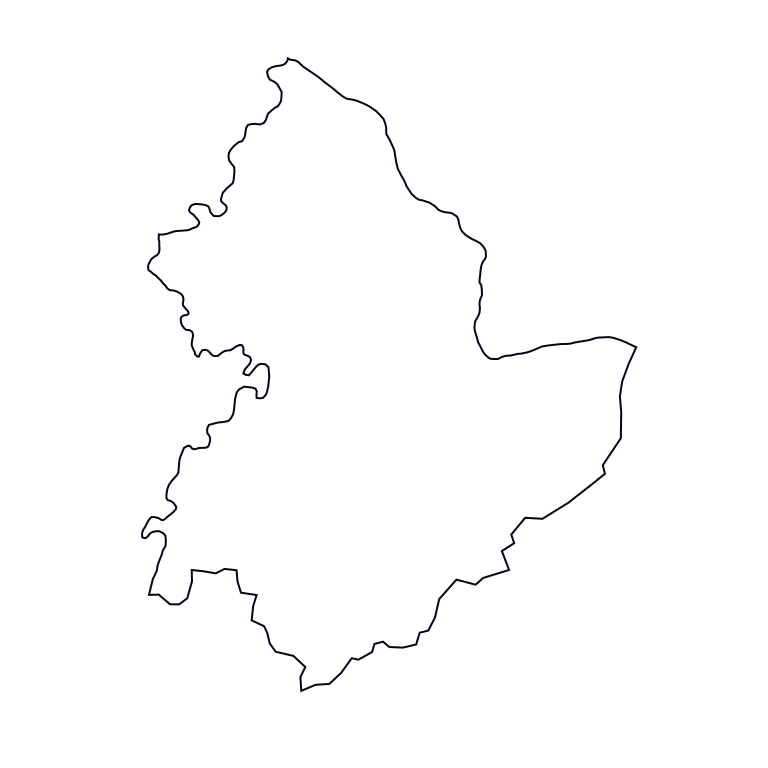 Verkhnyadzvinsk, Vitebsk, Belarus (Mercator projection), rotated 186°
{"feature_id": "67162791B82603429459213", "entity_name": "Verkhnyadzvinsk", "entity_type": "district", "adm_level": 2, "iso_a3": "BLR", "parent_name": "Belarus", "parent_adm1": "Vitebsk", "projection": "mercator", "projection_center": [28.26, 55.859], "detail": "fine", "context": "isolated", "style": "outline", "palette": "ink", "viewbox_px": 768, "rotation_deg": 186, "n_neighbors": 0, "source": "geoboundaries", "source_scale": "gbopen_adm2", "svg_char_len": 5752}
<svg xmlns="http://www.w3.org/2000/svg" viewBox="0 0 768 768"><g transform="rotate(186 384 384)"><path d="M513.7,697.8L513.8,695.7L515.4,692.6L518.0,690.6L520.9,689.7L524.6,688.9L528.5,687.3L531.8,684.9L532.9,682.1L531.4,677.7L529.4,674.8L524.8,673.1L521.5,671.1L518.9,667.4L516.3,663.6L516.0,659.5L516.0,654.6L517.6,650.9L518.9,648.7L520.6,648.1L523.9,644.8L527.7,640.6L528.3,637.5L529.2,634.0L530.9,630.9L534.5,629.2L537.3,629.2L539.9,629.2L543.4,628.5L546.5,627.4L547.8,624.2L548.1,620.6L548.1,617.4L548.7,614.3L550.5,610.6L553.5,609.5L556.2,607.0L558.1,605.1L560.8,601.1L562.3,597.8L562.5,594.1L561.4,590.2L558.8,587.1L555.7,584.2L555.1,580.7L554.9,577.4L554.9,573.5L554.9,570.6L555.5,567.8L557.8,565.3L560.8,562.2L562.2,560.2L564.3,557.4L564.7,555.2L565.4,551.0L565.0,548.6L562.0,546.4L559.9,545.1L558.9,543.0L558.9,540.3L560.1,538.2L561.9,536.2L563.7,534.7L565.5,533.7L568.2,533.4L570.9,533.3L574.1,536.1L575.1,537.8L576.2,540.7L577.3,542.3L579.4,543.1L582.2,543.5L584.8,543.5L588.3,543.5L590.7,543.3L594.2,541.6L595.7,538.6L596.0,536.0L594.2,534.0L591.6,532.7L588.7,530.1L586.3,527.8L584.6,525.6L585.0,523.3L586.7,520.8L590.9,518.7L594.6,516.6L599.8,515.6L607.5,514.2L610.9,512.8L615.2,510.8L619.0,509.6L622.7,509.2L623.5,509.2L623.3,504.8L622.4,502.2L622.0,498.9L621.3,493.7L621.7,490.8L623.1,488.4L625.7,486.6L628.1,484.2L629.2,482.2L630.5,479.0L631.0,476.1L630.1,472.6L627.9,471.5L625.3,469.5L622.2,468.0L619.3,465.6L616.7,463.6L614.5,461.2L611.7,459.0L609.5,456.4L606.9,455.0L603.6,455.0L601.0,454.7L596.6,453.1L594.2,451.5L592.9,449.6L592.3,447.4L592.3,445.1L592.5,442.9L592.1,441.2L589.4,438.3L587.3,436.7L586.0,435.0L585.9,433.1L587.6,432.0L589.4,431.5L591.4,430.7L592.6,429.1L593.0,428.0L592.8,426.2L592.1,423.5L591.2,421.6L590.1,420.3L588.3,418.3L586.4,417.2L585.2,417.2L582.8,417.2L580.3,415.9L579.1,413.3L579.0,411.0L579.3,408.2L579.4,405.1L579.4,402.9L578.6,401.1L577.2,398.4L575.5,395.9L574.7,393.3L572.4,391.9L571.0,391.9L570.3,394.5L569.2,396.9L568.1,398.7L565.0,399.4L562.0,398.5L559.5,396.0L557.1,394.3L555.0,394.1L551.8,394.8L549.0,397.8L546.0,400.1L543.4,400.9L540.4,401.5L537.9,403.3L536.2,405.0L533.9,406.5L531.8,407.7L529.5,407.8L527.8,405.8L527.3,403.5L527.3,401.5L526.5,399.0L524.7,398.3L522.4,397.7L520.2,396.9L518.7,394.1L519.5,390.3L521.3,387.7L523.9,384.0L525.0,379.8L522.4,378.7L519.3,378.5L517.1,381.6L514.7,385.3L512.7,388.2L511.2,389.9L509.2,391.0L506.4,391.2L504.0,391.2L500.7,388.6L499.8,384.4L498.9,379.2L498.9,375.4L498.9,370.0L499.6,363.6L500.5,360.7L502.9,357.5L505.9,356.8L509.2,356.8L509.7,359.6L509.7,363.4L511.4,366.0L514.9,366.7L518.2,366.7L522.8,366.7L527.7,363.4L529.6,360.1L530.5,354.2L530.5,345.4L530.5,342.3L530.9,338.1L532.5,334.2L534.7,331.1L537.7,330.0L540.8,329.2L545.2,328.3L550.0,326.5L553.8,325.0L554.9,322.4L555.1,319.5L554.4,316.4L552.6,314.6L551.3,312.1L551.0,309.1L551.8,304.7L552.9,302.8L554.4,302.1L557.1,301.6L559.1,301.4L561.9,300.8L563.7,300.0L566.1,299.2L568.5,300.0L569.6,301.4L571.0,302.2L572.8,302.0L576.2,299.6L578.0,293.3L579.2,289.1L579.5,286.1L579.4,279.6L579.2,274.8L580.3,271.9L583.1,268.0L585.1,265.3L587.3,261.2L588.4,257.4L588.8,251.5L588.4,247.6L586.7,245.8L583.8,245.4L581.0,243.8L577.7,240.1L578.1,237.3L580.8,233.9L582.9,231.8L585.3,229.5L587.3,227.2L589.5,225.5L591.1,225.5L593.7,226.9L598.1,227.7L601.7,227.2L604.1,223.4L605.4,220.1L606.7,216.8L608.1,214.1L608.9,211.0L608.9,208.6L608.3,206.2L606.1,205.7L605.1,205.7L602.7,208.1L601.5,210.3L600.3,211.6L598.4,212.8L595.0,213.8L592.1,214.1L588.0,212.6L585.5,210.3L584.6,205.3L584.3,200.3L586.6,195.1L587.3,190.7L589.1,184.5L590.2,180.0L590.4,174.8L592.3,169.0L593.5,166.1L595.7,149.7L586.0,151.0L573.9,142.6L564.8,143.4L557.3,150.2L554.3,167.6L555.8,178.9L544.5,178.9L531.6,178.1L523.3,183.4L511.2,183.4L509.0,172.1L504.4,161.5L488.6,160.8L490.9,149.4L490.9,135.1L478.0,130.6L474.2,124.5L470.5,114.0L463.7,106.4L445.6,104.1L432.7,94.3L436.5,83.8L434.2,70.2L420.6,77.7L407.1,80.0L396.5,92.1L387.4,107.9L380.6,107.2L367.8,116.2L366.3,124.5L358.0,127.6L351.2,123.0L337.6,123.8L324.8,128.3L322.5,140.4L314.2,143.4L308.9,157.0L306.6,175.9L291.5,197.0L271.9,194.0L265.1,201.5L240.2,212.1L249.3,230.2L237.9,239.3L241.7,247.6L229.6,265.7L212.3,266.5L188.1,285.3L165.5,307.2L154.9,317.8L157.9,326.1L150.4,340.4L142.8,354.8L145.1,380.5L148.1,396.3L147.4,411.4L142.8,429.5L137.0,446.9L147.2,450.5L152.7,452.2L160.1,453.8L165.2,454.2L169.4,453.5L174.9,452.7L177.6,452.1L180.7,450.8L185.1,448.9L191.9,447.1L198.7,445.2L202.6,443.7L207.4,442.8L212.9,442.1L224.7,439.5L230.6,437.9L240.9,432.2L245.3,430.3L250.9,428.5L254.3,427.9L261.2,425.5L266.3,424.7L270.1,422.9L273.2,420.8L276.6,420.4L280.6,420.2L282.8,421.1L287.0,424.2L289.5,427.3L292.7,432.4L294.7,435.2L295.9,438.5L297.4,442.2L299.2,446.4L300.0,449.7L300.0,453.9L299.7,456.4L298.6,458.7L297.5,461.1L296.5,464.9L296.5,469.3L297.2,472.3L297.5,475.5L297.0,479.2L295.8,482.2L296.6,488.1L297.6,492.4L299.7,495.2L299.8,498.2L299.8,501.0L299.8,503.5L299.8,507.3L299.7,510.7L299.2,513.4L298.5,515.7L296.6,519.0L295.9,521.5L296.8,527.1L299.5,531.0L303.2,534.1L307.2,535.8L312.4,537.7L315.7,539.3L318.6,540.8L322.5,544.1L324.6,547.4L326.3,552.0L327.1,555.1L329.0,558.2L334.2,560.9L337.3,561.2L341.2,561.2L344.8,561.8L348.3,563.0L351.4,565.9L357.7,569.1L365.2,570.7L368.3,570.9L371.8,572.4L376.6,576.1L379.3,579.4L382.4,583.2L383.9,586.3L386.3,590.0L388.8,593.4L392.6,599.2L394.7,604.8L397.1,613.3L398.0,617.1L399.8,620.6L402.8,625.6L405.0,629.1L407.9,632.9L408.6,639.1L410.0,643.2L412.1,647.4L415.6,650.7L420.2,654.5L427.7,658.6L433.3,660.7L440.4,662.8L445.8,663.6L451.0,663.8L455.8,666.1L460.7,669.2L465.9,672.8L473.6,677.3L481.2,682.4L489.2,686.7L497.8,691.3L502.9,695.3L506.0,696.6L508.5,696.6L511.8,696.9L513.7,697.8Z" fill="none" stroke="#020617" stroke-width="2"/></g></svg>